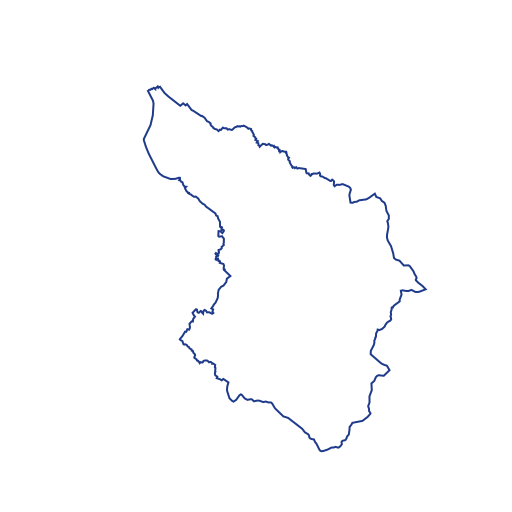 the district of Phrom Khiri, Nakhon Si Thammarat, Thailand, rotated 221°
{"feature_id": "78962969B66960801991597", "entity_name": "Phrom Khiri", "entity_type": "district", "adm_level": 2, "iso_a3": "THA", "parent_name": "Thailand", "parent_adm1": "Nakhon Si Thammarat", "projection": "orthographic", "projection_center": [99.833, 8.549], "detail": "fine", "context": "isolated", "style": "outline", "palette": "blue", "viewbox_px": 512, "rotation_deg": 221, "n_neighbors": 0, "source": "geoboundaries", "source_scale": "gbopen_adm2", "svg_char_len": 6114}
<svg xmlns="http://www.w3.org/2000/svg" viewBox="0 0 512 512"><g transform="rotate(221 256 256)"><path d="M207.2,381.0L208.8,374.2L209.9,371.1L214.6,365.8L215.5,363.2L217.4,361.1L217.9,359.6L219.7,358.3L225.2,362.9L226.0,364.0L227.9,368.3L229.6,369.2L231.5,369.2L237.8,367.1L239.5,364.6L241.8,362.8L242.5,360.2L244.0,360.7L245.9,363.4L247.1,363.7L248.6,363.6L248.6,361.8L249.1,361.4L254.5,360.5L254.9,360.0L257.9,359.6L259.4,358.6L260.5,358.7L261.4,360.0L262.9,360.6L263.9,358.3L266.9,355.8L267.0,354.9L267.8,354.3L267.3,353.0L267.5,352.2L269.5,352.3L270.4,352.9L271.6,351.9L272.5,351.8L275.6,354.2L281.2,350.6L282.2,349.1L283.9,349.4L284.3,347.9L284.9,348.2L285.6,347.8L286.1,346.6L286.8,346.7L287.4,347.5L288.6,347.5L291.9,348.7L292.6,349.7L294.8,349.8L295.4,350.3L295.6,351.8L296.7,351.6L298.9,352.3L299.4,353.0L301.1,353.5L301.0,354.1L301.6,354.5L303.1,353.3L305.1,352.5L305.2,351.7L305.9,351.3L305.9,350.3L306.6,350.8L307.2,350.2L307.9,350.7L308.1,351.6L309.2,351.3L310.8,352.1L310.9,351.6L312.8,351.1L313.1,350.1L314.0,350.1L314.8,350.9L315.4,350.2L316.8,349.9L317.0,349.1L319.8,349.1L320.2,347.8L321.2,346.3L322.4,346.4L324.5,345.1L324.9,340.9L325.9,341.5L326.8,341.2L328.3,342.7L329.8,342.1L330.0,343.9L332.6,343.2L332.8,344.6L333.7,344.5L334.3,345.1L336.7,345.0L337.3,346.2L340.2,347.2L340.8,347.8L341.9,347.6L343.0,348.6L345.1,347.7L345.3,347.0L347.7,347.1L350.8,346.3L351.0,345.6L352.5,344.3L352.8,343.2L353.9,342.9L354.2,342.2L355.3,341.7L355.4,340.8L356.4,339.2L356.7,335.7L357.2,335.1L359.5,334.1L360.3,332.8L362.0,333.1L363.9,331.5L365.2,331.2L365.2,328.1L366.2,327.6L366.2,325.7L368.6,325.8L370.5,324.8L372.3,324.7L372.5,325.0L375.5,325.0L376.8,325.5L377.2,326.3L379.5,326.2L381.4,325.6L385.5,326.6L388.8,326.3L389.1,325.7L398.8,324.4L400.4,323.9L407.7,325.5L407.9,323.5L411.1,323.4L411.7,319.7L426.5,318.9L432.0,319.0L439.3,320.7L439.4,320.2L440.3,319.9L440.2,318.9L441.4,319.4L441.5,317.9L442.1,316.7L441.5,315.9L443.5,315.9L443.9,313.8L444.6,313.6L444.7,312.2L445.6,311.5L445.8,309.7L435.6,305.6L433.3,303.8L426.2,294.5L421.5,285.6L417.4,270.6L416.3,269.6L410.9,266.3L404.2,262.9L388.7,256.6L384.8,255.2L382.5,254.9L378.2,255.3L370.9,258.1L367.3,261.5L365.6,264.4L364.7,265.1L364.1,264.5L363.7,262.9L362.9,263.5L361.4,262.9L359.9,263.4L357.5,261.9L355.5,261.5L354.2,262.4L354.2,260.6L350.7,259.2L349.9,259.5L348.6,258.9L347.8,259.7L347.1,259.1L345.1,259.8L343.8,259.7L341.5,260.1L340.5,261.3L337.2,261.5L334.8,260.6L331.2,260.4L328.3,261.0L326.3,260.5L314.6,261.5L312.6,260.4L311.1,260.9L309.3,259.5L305.7,258.2L302.3,254.5L301.6,254.4L301.0,255.3L300.4,255.3L299.5,253.3L299.0,253.0L297.9,254.3L297.0,254.2L296.6,253.5L296.4,251.2L299.0,251.3L300.6,250.2L297.6,246.4L296.6,246.3L294.6,248.6L291.6,248.0L288.9,244.8L288.6,243.8L287.5,243.2L287.9,240.3L287.0,239.4L287.0,237.9L288.2,236.0L287.4,235.1L286.4,234.7L286.0,233.7L286.8,232.1L288.2,231.9L288.1,231.1L286.8,230.9L284.9,231.7L284.7,230.7L285.5,230.0L285.6,229.2L284.8,228.4L284.5,227.1L283.5,227.0L283.4,228.1L282.9,229.0L281.5,228.2L281.4,227.7L280.8,227.7L280.7,228.3L279.8,228.4L278.9,227.8L278.7,227.1L275.4,228.6L273.8,227.8L272.4,225.5L270.9,225.3L271.1,224.5L262.2,224.1L263.1,219.8L261.4,216.9L261.1,212.3L262.1,210.0L262.0,206.0L260.2,202.8L258.9,201.5L257.3,199.1L255.9,194.1L256.0,191.4L255.6,190.8L255.3,187.1L253.3,187.6L252.5,185.6L250.8,185.0L251.2,183.6L254.5,182.8L256.0,181.3L257.8,181.9L259.5,181.5L259.2,179.2L258.1,177.8L259.7,177.9L260.9,178.5L261.7,178.2L261.8,175.9L262.3,175.3L263.5,175.3L265.5,176.8L266.4,176.4L266.6,171.5L264.4,170.6L262.3,170.2L262.1,167.3L260.8,165.4L261.4,165.2L261.3,164.4L261.7,164.1L261.7,161.2L258.9,158.7L258.1,156.6L259.8,155.7L258.9,153.1L259.9,152.4L259.0,147.5L258.9,143.2L257.8,143.0L255.7,143.5L252.8,141.8L251.9,142.2L251.6,142.9L249.8,143.4L248.2,142.9L246.9,143.3L245.5,142.7L243.2,143.2L242.4,142.4L241.2,142.9L239.9,141.9L237.5,141.7L236.7,141.0L236.3,139.3L235.7,138.7L233.0,139.0L232.1,138.4L230.8,139.0L230.1,138.5L229.3,138.8L228.2,138.2L228.0,139.7L226.8,140.2L226.4,140.8L226.8,142.1L226.4,143.1L225.1,144.5L223.9,145.2L221.7,145.0L220.8,146.3L218.7,146.5L218.3,146.0L217.6,146.8L215.3,147.0L214.0,145.0L213.1,144.9L211.4,142.4L210.7,142.1L210.5,141.1L209.7,140.1L208.5,139.3L206.0,139.5L205.5,138.0L202.2,139.4L200.3,139.7L200.0,141.8L193.9,142.5L192.3,139.1L190.4,136.3L189.1,135.1L182.6,131.2L178.6,131.0L177.4,131.4L176.6,134.5L177.1,140.0L176.7,141.6L175.7,141.9L171.1,141.1L168.1,141.8L165.8,144.7L164.8,145.1L162.2,145.0L160.3,147.6L158.6,149.0L154.7,150.5L153.1,152.6L150.8,153.5L148.6,155.3L147.1,155.3L141.7,153.5L130.1,152.9L125.5,154.9L107.8,155.9L103.4,155.0L99.7,155.7L98.4,155.4L96.7,154.1L95.6,153.9L94.0,154.3L91.9,155.6L89.5,154.4L87.0,153.9L81.0,151.4L79.6,151.2L78.7,151.5L77.4,152.8L75.1,156.6L73.3,161.0L71.6,162.6L70.8,164.1L68.2,165.3L67.7,166.6L67.5,168.6L67.8,170.4L69.4,171.7L69.6,172.4L69.3,173.6L68.1,175.1L67.8,176.0L68.1,177.8L68.9,179.7L68.8,182.1L71.5,186.3L73.2,188.4L73.3,191.1L73.8,193.3L67.5,201.4L66.2,207.7L66.2,212.1L66.7,212.6L68.8,213.1L70.7,215.0L72.8,216.2L74.2,219.9L78.3,224.5L80.6,230.7L85.3,235.6L84.8,239.3L86.0,243.0L86.0,244.8L85.2,246.5L81.0,249.4L80.3,257.4L85.2,259.1L87.9,257.9L91.0,257.1L105.0,257.1L107.1,259.7L108.7,266.1L109.8,268.3L111.1,269.6L111.8,271.9L112.5,272.7L112.5,273.7L114.6,276.4L115.2,279.2L115.9,280.3L114.3,281.1L113.0,283.6L112.6,287.2L113.2,289.0L113.4,291.8L112.8,294.1L112.4,294.6L112.3,296.7L113.8,298.1L114.8,298.5L115.5,300.3L117.4,302.0L118.5,304.6L119.7,305.9L119.7,306.4L118.9,307.0L119.3,307.8L119.3,309.3L117.8,316.0L119.1,317.6L120.8,322.3L123.9,324.8L122.8,326.3L119.9,328.0L118.0,329.6L116.4,332.4L112.2,333.4L110.5,334.7L109.1,336.5L106.1,342.2L110.6,342.6L115.9,342.3L119.5,342.6L120.0,343.1L120.2,344.5L121.4,345.5L124.4,346.4L127.2,347.8L133.2,349.2L134.8,349.0L138.2,345.8L144.7,346.6L147.9,345.1L150.5,345.0L154.2,348.0L160.5,352.0L166.7,354.1L169.2,355.8L170.9,357.8L175.1,364.8L178.2,367.5L179.7,368.3L180.1,371.1L182.3,373.7L187.3,375.7L190.9,378.9L194.0,380.5L197.1,380.1L200.1,381.0L203.9,379.5L207.2,381.0Z" fill="none" stroke="#1e3a8a" stroke-width="2"/></g></svg>